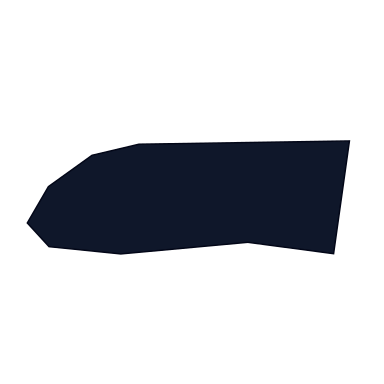 the state/province of Ngarchelong, rotated 284°
{"feature_id": "PLW-5252", "entity_name": "Ngarchelong", "entity_type": "state/province", "adm_level": 1, "iso_a3": "PLW", "parent_name": "Palau", "parent_adm1": "", "projection": "equal_earth", "projection_center": [134.636, 7.709], "detail": "fine", "context": "isolated", "style": "filled", "palette": "ink", "viewbox_px": 384, "rotation_deg": 284, "n_neighbors": 0, "source": "natural_earth", "source_scale": "10m", "svg_char_len": 287}
<svg xmlns="http://www.w3.org/2000/svg" viewBox="0 0 384 384"><g transform="rotate(284 192 192)"><path d="M166.4,344.3L156.7,258.3L114.7,137.9L104.4,66.5L122.1,39.7L162.5,51.4L203.4,86.1L225.5,128.9L279.6,332.4L166.4,344.3Z" fill="#0f172a" stroke="#020617" stroke-width="1.5"/></g></svg>